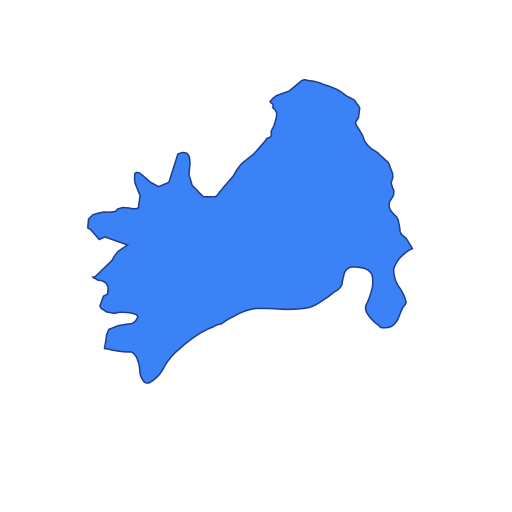 Fariskur, Dumyat, Egypt (Natural Earth projection), rotated 230°
{"feature_id": "37247803B71323814972136", "entity_name": "Fariskur", "entity_type": "district", "adm_level": 2, "iso_a3": "EGY", "parent_name": "Egypt", "parent_adm1": "Dumyat", "projection": "natural_earth1", "projection_center": [31.709, 31.31], "detail": "fine", "context": "isolated", "style": "filled", "palette": "blue", "viewbox_px": 512, "rotation_deg": 230, "n_neighbors": 0, "source": "geoboundaries", "source_scale": "gbopen_adm2", "svg_char_len": 6098}
<svg xmlns="http://www.w3.org/2000/svg" viewBox="0 0 512 512"><g transform="rotate(230 256 256)"><path d="M282.5,80.4L281.2,81.7L279.9,82.7L278.7,83.7L277.1,84.8L275.4,86.1L273.6,87.7L271.7,89.3L270.0,90.9L269.1,91.7L268.2,92.6L266.5,94.3L265.0,96.0L264.1,97.0L262.5,99.0L261.3,99.3L260.3,99.5L259.4,99.6L258.4,99.7L257.4,99.6L256.4,99.6L255.5,99.4L254.5,99.2L253.6,98.9L252.9,98.6L252.2,98.3L251.1,98.0L249.8,97.5L248.6,96.9L247.4,96.3L246.2,95.6L245.0,94.8L243.9,94.0L242.6,93.1L241.7,92.4L240.7,91.8L239.7,91.3L238.7,90.8L237.1,90.2L236.0,89.9L234.9,89.7L232.9,89.4L232.0,89.4L231.2,89.5L230.3,89.7L229.6,90.2L229.1,90.5L228.7,90.9L228.3,91.4L227.9,91.9L227.7,92.4L227.5,92.7L227.2,94.4L227.0,95.9L226.9,97.4L226.8,98.9L226.8,100.4L226.9,101.9L227.0,103.4L227.2,104.9L227.4,105.7L227.6,107.1L228.0,108.6L228.2,109.3L228.4,110.0L228.9,111.5L229.8,113.8L230.5,115.7L230.9,116.7L231.5,118.6L232.0,120.6L232.3,121.6L232.5,122.6L232.9,124.6L233.3,126.6L233.6,128.6L233.7,129.7L233.9,131.7L234.0,133.8L234.0,134.8L234.0,136.8L234.0,138.1L234.1,139.9L234.2,142.9L234.2,145.9L234.1,148.9L234.0,150.4L233.9,153.3L233.8,154.8L233.5,157.8L233.2,160.1L233.0,162.1L232.5,165.4L232.2,166.5L231.7,168.9L231.2,171.2L230.9,172.3L230.2,174.6L229.2,177.6L229.0,179.1L228.8,180.2L228.6,180.7L228.4,181.3L228.1,182.3L227.6,183.3L227.4,183.8L226.9,184.8L226.3,185.7L226.1,188.4L225.9,190.5L225.6,192.7L225.3,194.8L225.1,195.8L224.6,197.9L223.9,200.9L223.4,203.4L223.2,204.4L222.8,206.3L222.5,207.2L221.9,209.1L221.3,211.0L221.0,211.9L220.3,213.7L219.9,214.6L219.5,215.5L218.7,217.2L217.8,218.9L217.3,219.8L215.9,222.1L213.3,225.3L212.0,226.9L209.3,230.0L207.4,232.2L205.2,234.6L202.4,237.6L199.6,240.6L197.3,242.9L196.7,243.7L195.7,244.8L193.7,247.2L191.8,249.6L189.9,252.1L188.1,254.6L186.3,257.2L184.6,259.7L183.1,262.2L182.5,263.4L181.9,265.0L181.3,266.5L180.8,268.1L180.6,268.9L180.2,270.5L180.1,271.3L179.8,273.0L179.5,274.6L179.5,275.4L179.3,277.0L179.0,279.6L178.7,282.2L178.4,284.8L178.3,287.4L178.2,290.0L178.1,293.3L177.9,294.2L177.7,295.2L177.6,296.1L177.5,296.6L177.5,297.1L177.5,298.0L177.6,299.0L177.7,299.4L177.8,300.4L178.1,301.3L178.4,302.2L178.6,302.6L179.1,303.8L180.7,305.5L181.9,307.0L183.1,308.5L183.6,309.3L184.9,311.0L185.5,311.8L186.0,312.5L186.3,313.2L186.7,313.9L186.8,314.3L187.0,315.0L187.2,315.8L187.3,316.2L187.4,317.0L187.4,317.4L187.3,318.2L187.2,319.0L187.2,319.4L187.0,320.2L186.9,320.5L186.6,321.2L186.2,322.0L184.8,323.8L183.7,325.0L182.5,326.2L181.3,327.4L180.7,328.0L179.4,329.1L178.1,330.1L176.9,331.0L175.7,331.7L174.5,332.3L173.6,332.6L172.7,332.8L171.4,333.0L170.2,333.1L169.1,333.1L167.7,332.9L166.7,332.6L165.3,331.8L164.0,331.0L162.8,330.1L161.6,329.2L160.4,328.2L159.3,327.1L158.2,326.1L156.9,324.6L155.5,322.6L154.1,320.6L152.8,318.5L152.1,317.5L150.9,315.4L150.3,314.3L149.1,312.1L148.7,311.3L148.6,311.0L148.4,310.2L148.2,309.8L147.8,309.1L147.4,308.4L146.9,307.7L146.7,307.4L146.1,306.9L145.5,306.3L145.2,306.1L144.9,305.9L144.2,305.4L143.5,305.1L142.4,304.7L141.7,304.5L140.1,304.2L138.4,304.1L136.8,303.9L135.2,303.9L133.5,303.9L131.1,304.1L129.4,304.3L127.8,304.5L126.4,304.8L125.0,305.2L121.9,305.5L121.3,305.6L121.1,305.6L120.3,306.2L119.4,307.1L118.6,308.1L118.2,308.6L117.8,309.1L117.1,310.1L116.4,311.2L115.9,312.1L115.7,312.6L115.4,313.4L115.1,314.2L115.0,314.6L115.0,315.1L114.9,315.9L114.8,316.8L114.8,317.7L115.0,318.8L115.1,319.4L115.3,320.6L115.7,321.8L116.0,323.0L116.3,323.6L116.7,324.8L117.3,325.9L117.9,327.0L118.8,328.6L119.7,330.3L120.6,332.0L121.4,333.8L122.2,335.5L122.6,336.6L122.6,337.2L122.7,338.0L122.8,338.7L123.0,339.4L123.2,339.7L123.5,340.3L123.8,341.0L124.1,341.4L124.5,341.5L126.4,342.3L128.7,343.3L131.2,344.1L132.8,344.5L135.3,345.0L136.9,345.3L139.5,345.6L141.3,345.7L142.6,345.9L144.8,346.4L146.9,347.0L148.3,347.5L149.6,348.1L150.9,348.7L152.2,349.4L153.5,350.1L154.7,350.9L155.9,351.8L157.3,352.9L157.9,353.7L158.6,354.9L158.9,355.5L159.5,356.7L160.1,358.0L160.3,358.7L160.8,360.0L161.2,361.3L161.4,361.9L161.7,363.3L162.0,364.7L162.1,365.4L162.1,366.1L162.2,367.4L162.3,369.5L162.4,371.1L162.4,372.4L162.4,373.8L162.3,375.2L162.1,376.5L162.0,377.2L161.7,378.5L161.5,379.2L161.1,380.5L162.3,380.8L168.4,381.7L173.1,382.4L178.9,381.4L182.0,382.0L185.1,384.2L192.5,388.2L195.6,388.8L200.3,388.4L205.6,388.5L208.2,389.7L211.3,392.5L212.8,396.3L213.3,398.5L214.9,401.3L217.5,403.6L221.1,404.7L225.3,406.5L226.8,409.2L228.4,411.5L231.5,413.7L236.7,415.5L241.4,417.2L243.0,417.3L250.9,416.3L253.5,415.8L255.6,415.9L259.3,414.9L264.1,413.3L268.3,412.8L274.1,413.0L280.4,415.3L293.0,417.2L294.5,418.3L296.0,423.3L302.7,430.6L306.9,431.2L308.5,431.2L311.5,431.6L313.4,431.2L320.4,428.2L328.6,426.2L332.0,424.9L338.6,421.4L343.8,418.1L347.7,416.1L353.0,412.4L356.6,409.0L359.1,407.2L359.9,406.5L361.0,403.8L361.1,387.3L365.7,374.8L365.8,370.4L365.4,366.2L363.8,365.9L361.6,366.5L360.0,365.9L359.0,364.2L355.8,364.5L352.2,363.8L349.1,360.7L344.3,353.7L341.9,348.0L338.2,344.8L338.0,342.7L339.2,339.7L338.4,338.0L335.7,320.9L335.6,319.5L336.0,307.8L335.9,305.0L335.7,302.7L334.3,296.6L331.8,289.6L329.5,275.2L329.0,273.2L328.5,269.6L327.2,264.3L327.9,262.4L335.3,253.7L350.7,252.6L351.4,252.6L361.5,257.0L369.8,265.4L371.1,266.2L374.7,268.6L375.3,268.8L378.7,269.2L380.9,267.9L382.3,266.6L384.4,261.8L368.4,236.6L371.8,225.9L378.3,223.4L380.3,222.6L382.4,222.2L390.5,221.0L394.5,220.1L396.8,218.3L397.2,216.3L393.0,212.4L389.4,210.1L382.1,207.7L376.8,206.0L368.6,197.0L369.1,194.8L371.8,191.6L374.5,189.5L378.7,185.2L380.9,180.3L380.5,177.0L383.2,172.6L387.5,167.8L390.2,162.9L392.4,157.5L391.9,151.4L385.7,145.2L382.5,146.3L369.4,146.5L367.7,152.5L347.0,164.7L348.2,153.2L346.7,146.6L345.2,142.7L343.5,119.1L344.7,117.5L343.5,117.5L341.9,118.5L339.8,119.0L337.7,120.6L336.1,122.2L331.3,123.8L327.1,122.6L323.0,118.7L322.2,118.0L323.3,113.2L318.0,104.3L315.3,103.7L309.0,105.7L305.8,108.4L303.1,110.6L301.5,113.8L298.8,117.6L292.9,123.5L288.1,126.7L285.5,126.7L284.5,124.4L283.5,121.1L284.1,117.3L286.2,114.1L291.1,105.9L294.4,96.1L291.8,91.1L288.7,87.8L283.2,81.2L282.5,80.4Z" fill="#3b82f6" stroke="#1e3a8a" stroke-width="1.5"/></g></svg>